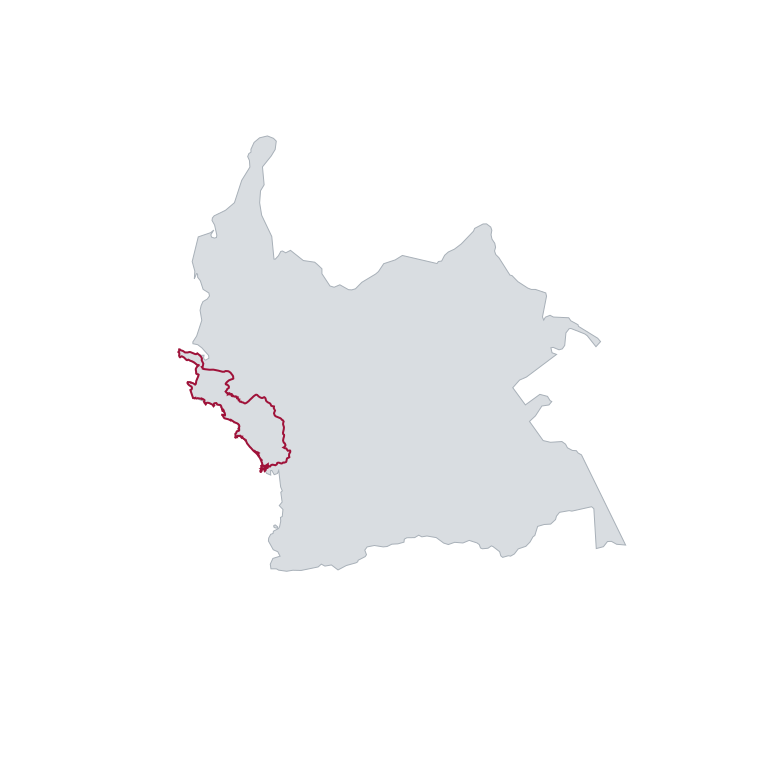 Colombia, with Chocó highlighted, rotated 324°
{"feature_id": "COL-1415", "entity_name": "Chocó", "entity_type": "Department", "adm_level": 1, "iso_a3": "COL", "parent_name": "Colombia", "parent_adm1": "", "projection": "albers", "projection_center": [-77.125, 6.337], "detail": "fine", "context": "in_parent", "style": "outline", "palette": "rose", "viewbox_px": 768, "rotation_deg": 324, "n_neighbors": 0, "source": "natural_earth", "source_scale": "10m", "svg_char_len": 9795}
<svg xmlns="http://www.w3.org/2000/svg" viewBox="0 0 768 768"><g transform="rotate(324 384 384)"><path d="M433.8,130.3L426.9,133.2L413.3,136.9L404.1,152.4L397.7,155.1L389.9,164.3L384.2,175.6L379.9,198.7L368.4,218.3L369.4,219.1L374.0,218.2L378.4,216.1L380.0,216.7L381.6,220.1L386.9,220.9L391.3,236.7L399.5,244.7L400.3,247.8L401.5,254.3L398.6,258.3L397.9,272.9L400.5,276.4L406.6,277.8L410.7,286.8L413.2,288.9L416.9,290.2L425.8,288.7L441.8,290.1L445.6,289.8L454.5,286.5L466.0,290.2L474.4,290.8L497.7,317.7L500.0,316.9L502.9,318.4L508.7,315.5L513.6,315.0L520.2,316.3L528.9,316.1L546.2,313.0L548.8,311.4L558.3,312.8L561.1,314.8L562.6,319.8L561.6,323.0L558.3,326.2L556.5,330.3L556.3,335.3L554.6,339.0L551.6,341.4L550.5,344.9L551.2,349.4L549.9,369.9L551.3,371.6L552.5,380.0L556.7,390.9L558.7,394.0L562.1,396.5L568.4,405.4L567.1,408.5L551.6,422.9L550.8,426.2L553.8,424.8L558.7,426.0L560.4,429.4L572.4,439.0L572.3,442.7L575.8,450.1L575.2,451.7L583.8,472.6L584.1,477.0L577.4,478.4L576.8,464.3L575.8,461.4L567.9,449.0L566.3,448.1L561.2,449.6L552.9,459.0L548.9,460.4L545.7,459.2L542.4,453.8L540.3,452.8L538.3,457.5L541.0,461.5L503.4,462.1L496.0,460.5L486.0,462.7L486.1,484.0L504.0,484.0L509.0,490.1L508.6,495.0L509.4,496.8L505.1,497.9L498.8,494.6L487.8,498.8L479.7,499.8L479.5,523.3L484.4,529.0L494.1,535.1L495.5,539.4L494.9,543.4L497.3,548.4L500.4,551.0L500.5,554.0L502.1,557.4L484.8,656.3L478.0,650.4L475.5,645.0L472.2,642.8L465.9,644.6L459.0,641.9L480.5,608.2L479.8,605.3L461.3,597.3L459.4,595.3L450.6,591.0L445.8,592.3L443.1,594.5L436.5,595.3L431.0,591.8L424.6,589.5L417.0,595.2L414.7,595.2L409.2,597.7L403.4,598.7L395.7,596.3L389.6,598.1L385.3,597.7L383.6,596.0L378.1,594.0L377.5,591.7L379.0,587.6L376.6,579.5L375.7,578.1L371.6,578.0L366.7,575.1L365.7,573.3L366.7,570.0L365.8,567.2L361.0,560.6L354.4,559.0L348.1,553.6L341.7,551.7L338.8,547.8L336.0,539.0L329.4,532.2L324.8,529.9L323.2,526.7L318.5,526.3L312.1,521.8L309.2,521.5L307.2,523.7L301.3,521.5L296.2,518.2L291.0,517.3L287.6,515.3L281.3,509.0L274.6,505.9L270.8,507.1L269.5,511.8L267.3,512.6L259.5,511.4L258.2,512.4L256.2,512.2L246.8,508.7L237.5,507.4L235.1,499.5L229.2,496.6L227.4,492.9L223.2,493.3L207.3,486.1L200.8,481.1L195.2,478.3L189.3,472.6L188.4,470.4L183.9,467.1L186.1,462.9L191.6,459.8L198.7,462.2L199.5,457.3L197.0,453.0L198.2,443.1L200.1,440.9L204.0,439.0L206.4,439.7L208.0,438.1L213.7,438.9L215.5,438.2L219.9,434.2L221.8,431.1L223.8,431.4L228.5,426.1L227.8,420.8L232.2,419.6L236.9,410.9L238.9,410.7L239.9,406.5L248.0,392.1L245.1,393.8L241.9,392.8L242.4,388.0L241.4,387.4L238.8,391.1L236.5,387.3L237.2,381.2L233.5,382.3L233.7,380.9L239.0,376.2L241.2,365.6L239.4,361.8L238.3,345.8L237.4,342.8L233.1,338.8L239.9,334.3L242.4,330.8L239.3,323.8L235.2,317.8L235.1,314.2L237.5,314.6L238.5,304.7L236.2,300.9L233.4,300.8L224.3,286.2L221.2,283.2L223.6,276.2L226.3,273.1L225.7,267.8L227.5,268.1L231.4,272.9L233.0,272.2L239.1,267.6L239.3,263.3L244.1,258.8L237.3,243.9L235.0,241.6L237.7,236.8L239.3,237.0L242.0,241.7L246.3,244.8L252.6,253.1L255.3,254.9L253.4,256.8L253.0,258.8L253.9,259.9L257.5,260.2L258.9,257.8L257.9,247.7L256.4,242.7L253.1,239.1L254.1,237.6L260.6,235.1L274.0,225.4L278.5,216.3L282.1,213.1L286.0,210.9L290.9,211.4L294.6,210.2L295.8,207.4L293.3,201.1L296.1,192.5L296.0,188.1L297.8,185.5L297.2,184.5L292.3,187.5L297.3,181.5L300.8,172.2L320.2,155.8L332.8,159.7L336.8,159.4L331.6,161.5L330.8,163.8L332.6,166.3L334.6,167.0L336.2,165.4L340.4,155.8L341.0,150.6L342.8,148.8L345.5,148.1L357.9,150.3L369.6,149.4L388.6,135.6L403.0,129.7L406.5,124.1L407.4,119.9L410.0,118.2L412.7,118.2L414.3,115.9L420.9,112.2L428.0,111.7L435.5,114.8L439.0,120.3L439.6,124.2L433.8,130.3ZM214.0,437.1L213.1,437.8L211.4,436.5L210.8,434.9L211.8,433.7L213.2,434.1L214.0,437.1Z" fill="#d9dde1" stroke="#a8b0b8" stroke-width="1"/><path d="M234.9,240.6L236.2,239.3L236.6,238.5L236.4,237.3L236.9,237.0L238.0,236.8L238.3,236.5L238.4,235.9L238.6,235.6L239.1,235.9L239.4,237.2L240.8,239.1L241.6,241.6L243.7,243.1L245.3,243.7L245.8,244.1L246.2,244.5L248.8,248.8L249.5,249.4L251.0,249.5L251.4,251.2L251.8,252.4L252.0,255.1L251.8,255.8L251.6,256.1L251.5,256.7L250.9,257.1L250.6,257.4L250.4,257.9L249.8,261.3L248.2,262.8L247.5,263.3L246.6,263.1L246.6,264.4L246.8,264.9L246.6,264.9L246.4,265.1L247.0,266.0L251.1,269.8L254.5,272.2L257.9,275.9L260.5,279.1L262.0,280.2L263.2,280.3L263.6,280.5L265.4,282.0L265.8,282.6L266.5,284.6L266.6,288.3L266.4,289.2L265.3,291.0L264.5,291.0L263.5,290.6L260.8,289.9L258.1,290.1L256.5,290.5L256.0,290.8L255.9,291.2L256.1,291.9L256.7,292.3L257.0,293.2L257.1,294.4L257.0,294.9L256.7,295.3L256.2,295.9L255.9,296.0L254.3,295.9L253.3,296.5L251.4,297.0L251.5,298.5L251.6,298.9L252.1,299.3L252.2,299.6L251.5,300.5L252.3,300.5L252.5,301.4L252.7,301.5L253.1,301.6L253.0,301.4L253.6,300.8L253.7,301.0L253.5,301.9L253.8,302.3L254.7,302.4L254.9,302.6L254.8,303.1L254.2,302.9L253.9,303.4L253.8,304.1L254.0,304.5L254.4,304.3L254.9,304.5L255.2,304.8L255.3,305.3L255.3,305.9L256.2,306.9L256.7,306.8L257.4,307.7L257.4,308.0L256.9,308.8L257.0,309.1L257.6,309.2L257.3,309.6L256.9,309.7L257.4,310.6L257.5,311.0L257.1,311.5L257.6,311.7L257.3,312.0L257.1,312.6L257.0,313.2L257.1,313.7L257.3,314.0L258.0,314.2L258.2,315.1L259.1,316.1L259.5,316.7L259.6,317.3L259.9,317.8L260.3,318.1L261.2,318.3L262.0,318.4L264.6,318.3L266.0,318.0L269.4,317.6L270.5,317.4L271.7,317.3L273.0,317.3L274.1,317.4L274.7,317.9L275.0,318.4L275.3,320.4L276.1,322.4L277.0,323.6L277.8,324.0L278.7,324.0L279.5,324.4L279.7,325.9L278.8,328.1L278.8,328.9L279.2,330.5L280.3,332.5L280.4,333.4L280.0,335.3L280.5,336.1L281.8,337.5L280.6,338.8L280.5,339.6L280.2,341.5L278.5,342.5L277.8,343.0L277.2,344.9L277.3,346.3L280.0,350.7L280.4,351.9L280.3,352.8L280.8,353.7L280.8,355.3L279.4,356.4L278.6,357.4L277.7,360.1L276.4,361.6L273.5,364.2L273.1,365.1L273.0,365.4L273.3,366.3L272.9,367.0L271.9,368.0L271.0,368.6L269.3,370.2L269.0,370.7L268.5,372.4L268.5,372.8L268.8,373.4L268.8,374.0L268.4,375.5L267.9,375.9L267.4,376.1L266.2,376.4L265.4,376.3L266.0,377.7L267.1,378.8L267.1,379.1L266.9,380.7L267.0,381.5L268.4,382.2L268.9,382.7L268.8,383.1L268.7,383.3L267.8,384.2L267.0,384.4L266.2,384.8L265.4,385.7L264.7,386.7L264.5,387.5L263.8,387.6L262.2,387.2L261.9,387.2L261.5,387.4L259.4,389.3L259.0,389.5L258.4,389.4L256.9,388.9L256.6,388.7L256.4,388.3L255.9,388.2L254.9,388.3L254.1,387.9L252.7,385.8L252.0,385.3L251.0,385.2L250.5,385.7L249.9,386.0L248.4,385.9L246.5,383.8L246.0,383.7L245.5,383.3L244.8,383.3L244.1,383.5L243.5,383.8L243.3,383.8L243.0,383.6L242.5,383.0L242.5,381.9L242.2,381.3L242.8,380.6L239.5,380.5L239.1,379.9L237.9,377.9L238.8,376.6L239.0,376.1L239.2,374.7L239.6,374.2L240.3,373.8L240.3,373.6L239.6,373.8L239.7,372.9L240.1,371.4L240.1,366.9L240.3,367.4L240.8,367.8L241.0,366.9L240.9,366.4L240.1,366.0L239.9,364.6L240.6,364.7L241.2,365.1L241.9,366.2L242.1,366.2L241.7,365.1L240.3,363.5L240.1,362.3L239.4,362.6L239.1,361.2L238.7,357.0L238.5,356.5L238.3,351.6L238.8,349.4L239.2,348.4L238.7,348.1L238.8,346.7L238.6,346.4L238.3,346.1L238.2,345.5L238.1,344.1L237.6,344.3L237.3,344.2L237.2,343.8L237.2,343.2L237.4,343.2L237.7,343.5L238.1,343.2L237.7,343.0L237.6,342.7L237.4,341.4L237.2,341.2L236.3,341.0L235.4,340.0L235.0,339.9L234.2,340.0L233.9,340.2L233.8,340.5L233.5,340.2L232.5,340.3L232.3,339.9L232.3,339.6L232.6,339.5L233.1,339.4L233.3,339.0L234.1,337.4L234.5,336.9L235.8,336.7L236.8,335.9L237.3,335.8L238.9,336.5L239.6,336.3L239.9,336.1L240.1,335.4L240.1,334.7L240.7,334.7L240.9,334.2L242.0,333.4L242.5,332.3L242.6,332.0L242.5,330.6L242.0,329.4L240.7,327.3L240.3,327.0L240.3,326.3L239.0,322.8L238.8,322.8L238.8,323.6L238.6,323.6L238.0,322.2L237.2,320.9L235.2,318.5L234.8,317.9L234.7,317.4L234.8,316.1L235.0,314.4L234.8,313.9L235.0,313.7L236.2,314.8L237.0,315.8L237.3,315.5L237.6,315.0L238.1,313.7L238.2,313.1L238.2,312.1L238.1,311.7L237.5,310.9L237.6,310.6L238.3,310.3L238.4,310.5L238.8,310.8L238.9,310.3L238.8,309.8L238.5,309.5L238.1,309.2L238.6,308.2L238.8,307.6L238.8,307.0L239.2,306.5L239.3,305.8L239.3,305.0L239.0,304.5L237.9,303.6L237.3,302.9L237.0,302.7L237.2,301.2L237.1,300.8L235.4,299.9L234.7,300.1L234.0,300.6L233.7,301.1L233.9,301.6L233.0,301.8L233.0,301.0L233.2,300.2L231.8,297.3L231.2,296.4L230.3,295.5L229.8,295.2L228.9,295.0L228.7,294.7L228.3,294.8L228.1,295.6L227.8,295.7L227.7,293.4L228.0,292.5L228.9,292.1L229.3,291.5L228.9,290.2L227.8,288.3L227.6,288.3L228.1,289.0L227.8,289.2L227.3,288.4L224.9,285.9L223.6,285.4L223.2,284.6L222.7,284.4L222.9,284.2L222.5,284.1L222.1,283.8L221.6,283.1L221.3,283.0L223.8,275.1L224.6,275.3L225.3,275.2L225.9,274.8L226.4,274.2L226.7,273.3L226.6,272.6L225.9,271.2L225.6,270.2L225.4,268.8L225.6,267.6L226.4,267.1L228.4,268.7L228.7,269.1L228.6,269.6L229.0,269.8L230.2,271.5L230.6,273.1L230.9,273.5L231.6,273.4L232.5,272.7L233.9,271.2L238.5,268.4L239.5,267.5L239.3,266.9L238.6,266.3L238.2,265.3L238.3,264.9L239.2,263.7L240.1,261.8L240.7,261.1L241.7,260.6L242.8,260.2L243.8,260.0L245.0,260.1L245.2,259.9L244.9,259.4L244.0,258.5L243.8,258.0L243.7,257.2L243.0,254.7L242.1,252.9L240.9,251.2L240.2,249.7L240.0,249.3L238.7,249.0L238.3,248.4L238.1,247.2L237.8,245.0L237.3,243.9L236.8,242.9L236.5,242.6L235.9,242.5L234.9,242.6L234.6,242.4L234.6,241.6L234.9,240.6ZM239.0,380.6L239.7,380.9L241.0,380.7L241.6,380.8L241.0,381.8L240.6,382.2L240.2,382.0L239.6,381.3L238.8,381.6L238.0,381.7L236.3,381.7L235.3,381.5L234.8,381.6L234.0,382.4L232.7,382.8L232.5,382.6L232.6,382.1L232.7,381.7L233.5,381.4L234.2,380.7L234.6,380.6L236.3,380.8L236.1,380.5L235.4,379.9L236.5,379.9L235.7,379.7L235.8,379.4L236.9,378.8L236.3,378.5L236.5,378.1L237.4,378.5L237.9,379.0L239.0,380.6ZM236.3,384.3L236.4,383.7L236.6,383.4L236.9,383.1L238.2,382.9L238.4,382.3L238.7,382.0L239.1,381.9L239.5,382.1L240.1,382.7L240.3,382.8L241.2,382.4L241.2,383.0L240.8,383.4L240.3,383.4L239.8,382.9L239.5,382.8L239.1,382.9L237.6,384.1L236.3,384.3Z" fill="none" stroke="#9f1239" stroke-width="2"/></g></svg>